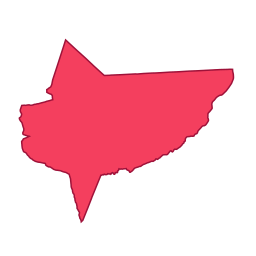 outline of Mandera South, North-Eastern, Kenya, rotated 267°
{"feature_id": "3690345B27349371945501", "entity_name": "Mandera South", "entity_type": "district", "adm_level": 2, "iso_a3": "KEN", "parent_name": "Kenya", "parent_adm1": "North-Eastern", "projection": "mercator", "projection_center": [40.637, 2.72], "detail": "fine", "context": "isolated", "style": "filled", "palette": "rose", "viewbox_px": 256, "rotation_deg": 267, "n_neighbors": 0, "source": "geoboundaries", "source_scale": "gbopen_adm2", "svg_char_len": 5637}
<svg xmlns="http://www.w3.org/2000/svg" viewBox="0 0 256 256"><g transform="rotate(267 128 128)"><path d="M170.6,48.9L167.9,48.8L167.0,50.2L166.2,51.7L165.6,53.2L164.3,54.1L162.3,54.1L160.2,54.3L160.1,53.7L159.9,52.8L159.5,51.5L159.2,49.8L158.9,48.1L158.4,46.7L157.6,42.6L156.9,39.7L156.9,38.7L156.9,38.4L156.8,38.2L156.6,37.4L156.5,36.1L156.5,35.6L156.4,35.3L156.1,34.5L155.9,33.8L155.8,33.3L155.8,32.5L155.8,31.9L156.0,31.2L156.2,30.7L156.3,30.5L156.3,30.3L156.2,28.5L156.0,27.2L156.0,26.6L156.2,25.8L156.1,23.1L153.9,22.2L151.9,21.4L150.8,21.3L150.2,21.4L149.8,21.5L149.2,21.8L148.3,22.2L147.6,22.5L147.0,22.4L146.7,22.4L146.4,22.3L145.0,21.7L144.7,21.4L144.3,21.1L144.2,20.8L144.1,20.6L143.8,20.1L143.2,20.0L142.9,20.0L142.6,20.1L141.4,20.6L140.4,21.2L139.6,21.9L138.7,22.4L137.9,22.6L135.2,23.2L133.4,23.7L132.6,23.9L131.1,23.8L130.2,23.4L128.8,22.7L128.0,22.7L127.2,22.9L126.8,23.5L126.5,24.4L126.0,25.4L125.7,26.5L125.2,27.5L125.1,28.3L125.0,28.8L124.9,29.0L124.7,28.5L124.5,28.1L123.7,26.3L122.7,23.2L122.3,22.7L121.6,22.4L120.3,21.2L120.2,21.1L119.4,21.1L118.3,21.1L117.1,21.2L115.8,21.2L114.4,21.3L113.3,21.4L112.0,21.8L110.7,22.2L109.9,22.5L109.4,23.2L109.0,24.1L108.2,25.1L107.6,25.5L106.8,25.8L106.3,26.2L105.9,26.5L105.5,27.0L104.9,27.5L104.1,27.9L103.6,28.4L103.1,28.8L102.5,29.5L102.2,30.2L101.8,30.7L101.7,30.9L101.4,31.1L101.1,31.3L100.9,31.6L100.1,32.9L99.6,33.6L99.2,34.8L98.8,35.8L98.5,37.2L98.3,38.4L98.0,39.5L97.4,41.6L97.2,42.5L97.2,43.1L96.7,43.6L96.3,43.8L95.5,43.8L95.0,44.2L94.5,44.7L94.1,45.4L93.7,46.0L93.4,46.4L93.3,47.0L93.2,47.6L93.1,48.3L92.8,48.8L92.4,49.3L92.1,49.7L91.5,50.5L91.0,51.1L90.6,51.6L89.7,53.8L89.5,55.3L88.9,58.3L87.7,60.9L86.8,63.8L86.2,64.7L85.1,66.4L85.0,66.8L84.2,67.0L83.5,67.1L82.7,67.3L81.9,67.5L80.9,67.8L80.6,67.9L80.2,67.9L79.3,68.0L78.4,68.0L78.0,68.0L77.8,68.0L77.4,68.1L76.1,68.1L74.7,68.2L72.5,68.2L71.9,68.3L71.3,68.4L70.6,68.7L69.9,68.9L69.4,69.2L69.2,69.2L68.9,69.3L68.3,69.3L67.7,69.3L67.3,69.4L66.2,69.6L65.4,69.9L65.0,70.3L64.6,70.6L64.1,70.7L63.6,70.8L63.2,70.8L61.9,70.7L61.4,70.9L60.7,71.2L60.2,71.3L59.3,71.3L58.6,71.3L57.9,71.6L57.5,71.6L57.1,71.6L56.7,71.7L56.2,72.0L55.8,72.3L55.5,72.5L55.0,72.6L54.3,72.7L53.7,72.8L52.8,72.9L52.3,73.0L51.7,73.1L51.1,72.9L50.5,72.9L50.2,73.1L49.7,73.3L49.1,73.7L48.5,73.9L48.1,74.1L46.8,74.8L46.1,75.1L45.6,75.1L45.1,74.9L44.4,74.7L44.2,74.6L43.7,74.5L43.2,74.6L42.2,74.9L41.6,75.1L40.7,75.1L40.2,75.4L39.4,75.8L38.6,76.1L37.7,76.3L36.8,76.4L37.5,77.2L38.1,78.0L50.4,83.7L60.1,88.1L60.7,88.3L66.4,91.0L77.7,96.3L82.3,98.5L82.2,99.1L82.4,99.6L82.6,100.1L82.8,100.6L82.5,101.0L82.5,101.3L82.9,101.5L83.1,101.9L82.9,102.6L82.6,103.1L82.6,103.7L82.6,104.4L82.8,104.8L83.2,105.0L83.5,105.3L83.4,105.9L83.1,106.3L83.0,106.8L83.1,107.4L83.4,107.9L83.3,108.1L83.2,108.3L82.8,108.4L83.1,108.9L84.0,109.5L84.3,110.1L84.0,110.7L83.7,110.8L83.3,111.0L83.0,111.2L82.8,111.3L82.6,111.6L82.5,112.1L82.9,112.6L83.4,112.8L84.1,112.9L84.2,113.4L84.1,113.9L83.9,114.7L84.4,115.3L84.9,115.4L85.3,115.2L85.8,115.6L86.3,116.4L86.9,116.5L87.4,116.6L87.8,116.9L87.4,117.4L87.3,118.1L87.5,118.9L87.5,119.2L87.4,119.4L87.2,119.8L87.3,121.0L87.5,121.5L87.5,122.1L87.4,122.8L87.5,123.4L87.6,124.1L87.2,124.3L86.5,124.5L86.1,125.1L85.5,126.3L85.0,126.9L84.2,127.2L83.7,127.5L83.7,128.0L84.4,129.1L84.8,129.8L85.7,130.7L86.2,131.4L86.9,131.7L87.6,132.7L87.9,133.6L88.2,134.6L88.4,135.6L88.6,136.4L89.0,137.2L89.0,138.0L89.0,138.5L89.1,138.8L89.8,139.7L90.3,140.7L90.8,141.4L91.0,142.1L91.1,142.8L91.5,143.6L91.7,144.3L91.9,144.9L92.3,145.5L92.3,146.2L92.5,146.9L92.9,148.0L93.1,148.7L93.5,149.4L93.5,150.5L93.4,151.4L93.9,152.0L94.0,152.5L94.4,153.2L94.9,153.7L95.6,154.1L95.7,154.5L95.6,154.9L95.2,155.5L95.2,156.1L95.8,156.7L96.2,157.3L96.4,157.9L96.7,158.5L97.3,158.8L97.6,159.5L98.0,159.9L98.7,160.7L99.2,161.4L99.4,161.9L99.4,162.4L99.4,163.3L99.4,164.2L99.3,165.0L99.4,165.7L99.9,166.4L101.2,167.5L102.9,169.1L103.0,169.8L102.2,170.4L101.8,171.1L102.3,171.8L103.5,172.6L104.1,173.0L104.4,173.6L104.2,174.6L104.2,175.3L104.4,175.9L104.8,176.4L105.3,177.2L105.7,177.8L106.2,178.8L106.8,179.5L107.3,180.0L107.8,180.7L108.6,181.2L109.3,181.7L109.8,182.7L110.6,183.2L111.2,183.2L111.5,183.7L111.7,184.2L112.4,184.5L113.3,184.6L114.0,184.7L114.6,184.9L115.1,185.3L115.8,186.0L116.2,186.6L116.3,189.6L116.6,190.3L116.5,191.0L116.4,191.8L116.4,192.5L116.5,193.4L117.1,193.7L117.8,194.2L118.2,194.6L118.5,195.1L118.7,196.3L119.6,197.1L120.7,197.4L121.5,197.9L122.4,198.7L123.3,199.7L123.9,200.3L124.6,201.0L125.4,201.7L126.0,202.4L126.3,203.5L126.3,204.3L126.6,204.9L126.9,205.6L127.8,206.4L129.2,207.5L130.9,208.6L131.5,208.8L132.5,208.7L133.3,208.5L133.8,208.3L134.5,208.2L135.4,208.4L136.1,208.4L137.3,208.5L138.2,208.6L139.0,209.2L140.3,210.6L142.1,212.2L142.8,212.8L143.4,213.1L146.1,213.0L147.0,212.9L147.8,213.0L148.8,213.3L149.7,213.8L150.4,214.5L151.2,215.5L152.5,216.7L153.4,217.4L154.6,218.9L155.6,220.8L155.8,221.3L156.0,222.5L156.0,223.2L156.6,224.2L159.9,228.0L162.3,230.0L163.1,230.7L167.1,233.7L170.1,235.1L171.7,235.8L173.1,236.0L176.0,236.0L177.5,235.8L178.3,235.6L179.8,235.5L181.1,235.5L181.3,233.2L181.3,230.2L181.4,226.6L181.5,222.9L181.5,219.5L181.5,216.2L181.5,213.0L181.5,209.8L181.5,206.3L181.5,203.0L181.5,199.5L181.6,192.7L181.6,189.5L181.5,180.6L181.6,172.0L181.5,163.4L181.5,158.4L181.6,154.9L181.6,146.5L181.4,139.9L181.6,138.4L181.6,129.8L181.6,123.2L181.7,113.4L181.6,112.8L181.7,107.1L183.4,105.3L191.6,97.2L200.1,89.1L208.0,81.2L216.2,73.2L218.2,71.3L219.2,70.3L212.0,67.6L197.6,62.1L180.0,55.3L175.5,54.2L173.1,53.0L172.6,52.2L172.1,51.2L171.1,49.9L170.6,48.9Z" fill="#f43f5e" stroke="#9f1239" stroke-width="1.5"/></g></svg>